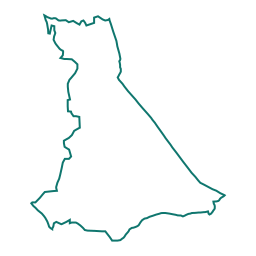 outline of Chamchamal, As-Sulaymaniyah, Iraq
{"feature_id": "34846034B49134433337490", "entity_name": "Chamchamal", "entity_type": "district", "adm_level": 2, "iso_a3": "IRQ", "parent_name": "Iraq", "parent_adm1": "As-Sulaymaniyah", "projection": "albers", "projection_center": [44.962, 35.42], "detail": "fine", "context": "isolated", "style": "outline", "palette": "teal", "viewbox_px": 256, "rotation_deg": 0, "n_neighbors": 0, "source": "geoboundaries", "source_scale": "gbopen_adm2", "svg_char_len": 3089}
<svg xmlns="http://www.w3.org/2000/svg" viewBox="0 0 256 256"><path d="M120.4,58.9L119.4,53.7L117.3,46.2L117.0,44.2L116.4,40.9L113.3,31.8L110.9,24.1L109.6,20.5L109.3,19.0L107.9,20.0L105.2,20.5L102.6,19.4L98.0,16.3L94.1,17.6L94.1,22.9L86.4,25.5L85.3,23.1L84.1,21.3L83.4,20.5L81.4,21.3L80.6,22.6L79.5,24.6L76.7,23.1L73.2,20.9L68.8,22.2L65.8,20.2L61.9,20.4L60.1,20.6L58.5,20.4L55.9,18.4L55.0,18.2L53.6,18.2L52.5,18.6L51.1,18.6L48.3,17.5L46.9,16.9L45.9,16.2L44.4,15.4L45.8,20.3L46.6,21.8L47.1,23.7L47.6,26.8L48.1,29.6L48.3,33.3L49.8,33.6L51.6,25.5L54.3,26.2L54.3,30.2L55.3,33.0L54.6,35.1L54.1,36.4L53.6,39.8L55.3,43.2L56.1,44.4L59.6,48.8L61.6,50.3L62.6,50.6L63.1,51.2L63.1,52.5L62.8,55.3L61.8,56.5L60.5,58.0L64.3,59.0L66.8,59.0L71.8,59.3L74.8,61.8L77.4,64.3L77.4,68.6L75.1,73.2L70.9,78.2L69.5,79.7L67.8,83.7L67.8,86.8L68.3,91.8L68.5,92.7L70.0,99.5L67.7,100.1L67.7,102.9L67.7,106.3L68.0,111.3L71.0,111.6L71.5,113.4L72.5,114.7L73.5,116.2L74.2,116.2L76.0,116.2L79.3,116.9L79.8,127.7L79.3,127.9L74.2,130.8L71.9,135.1L68.9,137.9L63.9,140.7L63.9,143.1L64.6,146.8L66.1,147.8L69.1,149.6L71.1,156.5L68.9,158.9L64.8,158.9L62.8,162.6L61.8,167.6L60.2,174.7L59.2,178.7L57.4,182.7L56.2,187.0L56.2,188.0L56.9,190.8L52.9,191.1L44.8,192.0L42.6,194.5L39.9,197.8L35.4,202.4L33.2,202.4L32.3,202.4L31.3,203.3L32.3,204.6L33.4,206.0L35.5,207.8L37.8,210.3L41.9,213.6L44.0,216.1L45.3,217.9L47.3,221.5L48.5,224.7L49.1,226.7L50.5,228.1L52.2,229.2L52.2,228.7L53.3,226.5L53.9,223.3L56.3,221.9L61.3,224.2L62.2,223.9L66.4,221.9L69.8,219.9L69.8,223.2L71.8,222.5L73.6,222.5L75.1,222.5L76.0,222.6L77.7,223.5L80.4,225.5L83.0,227.9L84.8,230.0L87.5,230.6L94.9,230.9L101.5,231.3L105.3,231.3L106.5,232.9L109.7,237.0L111.8,240.1L112.1,240.6L114.1,240.6L116.2,240.6L117.5,240.6L120.4,240.1L122.1,238.7L123.5,237.8L124.5,236.6L125.8,234.5L127.5,232.6L128.5,231.4L129.5,229.4L131.8,227.9L133.4,227.7L135.5,227.0L137.5,226.1L138.7,225.2L140.4,222.4L142.1,220.2L144.5,218.6L147.0,218.1L149.5,216.8L151.7,216.1L152.7,215.8L156.1,214.6L159.1,213.8L161.2,213.1L162.8,213.0L165.3,213.0L169.4,213.6L172.4,214.2L175.7,214.8L177.8,215.4L180.9,215.5L182.9,216.4L184.6,215.7L186.3,214.8L188.4,213.9L190.3,213.6L191.9,213.0L194.7,212.9L197.0,212.7L198.9,212.5L200.7,212.5L204.3,212.1L205.1,212.1L206.1,211.9L208.0,211.4L208.4,212.8L208.6,213.7L209.5,214.5L211.3,213.5L212.0,212.4L212.7,211.7L213.3,210.5L214.1,209.6L214.7,208.6L214.8,206.6L214.6,205.2L213.8,203.7L213.4,201.6L216.7,201.4L218.4,200.9L219.2,200.2L220.1,198.7L221.2,197.7L223.6,196.3L224.4,195.6L224.7,195.3L224.4,195.1L220.3,193.2L216.3,190.7L212.5,189.2L203.7,184.5L200.3,182.8L198.1,180.3L195.4,176.9L191.5,172.7L188.5,168.7L183.1,161.7L176.8,153.2L172.3,147.4L170.6,144.8L165.6,138.2L163.6,135.2L160.9,131.4L157.6,126.8L155.2,123.3L154.9,122.8L153.9,121.6L152.2,119.5L151.3,118.1L147.9,114.1L142.9,108.5L138.6,103.5L135.4,99.4L132.8,96.5L128.0,91.1L124.4,86.5L122.6,83.9L119.0,79.9L117.7,77.4L118.6,75.9L119.1,74.8L120.1,73.1L120.8,71.7L120.8,70.4L120.8,68.9L120.1,67.3L120.1,64.9L119.8,63.1L119.3,61.2L120.0,60.3L120.4,58.9Z" fill="none" stroke="#0f766e" stroke-width="2"/></svg>